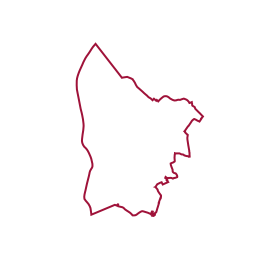 Hellevoetsluis, Zuid-Holland, Netherlands, rotated 63°
{"feature_id": "6326949B52767007773218", "entity_name": "Hellevoetsluis", "entity_type": "district", "adm_level": 2, "iso_a3": "NLD", "parent_name": "Netherlands", "parent_adm1": "Zuid-Holland", "projection": "albers", "projection_center": [4.166, 51.836], "detail": "fine", "context": "isolated", "style": "outline", "palette": "rose", "viewbox_px": 256, "rotation_deg": 63, "n_neighbors": 0, "source": "geoboundaries", "source_scale": "gbopen_adm2", "svg_char_len": 5370}
<svg xmlns="http://www.w3.org/2000/svg" viewBox="0 0 256 256"><g transform="rotate(63 128 128)"><path d="M151.8,56.0L151.4,56.1L150.8,56.3L148.2,57.1L146.8,57.5L146.5,57.7L145.2,58.1L141.5,59.3L141.3,59.3L141.2,59.3L139.9,59.1L139.6,59.1L137.8,60.2L137.3,60.5L137.2,60.5L136.7,60.4L135.3,59.8L135.0,59.7L134.8,59.7L134.7,59.7L134.4,59.7L134.1,59.6L133.9,59.5L133.8,60.4L133.8,60.9L133.7,61.5L133.6,61.9L133.0,61.9L132.7,61.9L132.0,62.0L131.3,62.2L130.8,62.3L130.4,62.5L129.5,62.9L129.0,63.3L128.5,63.7L127.4,64.7L127.2,64.9L127.1,65.1L127.1,65.3L126.9,66.3L126.7,67.6L126.7,67.9L126.6,68.7L126.6,68.8L125.8,70.1L125.7,70.2L125.5,70.9L125.4,71.2L125.3,71.7L125.3,72.1L125.2,72.6L124.9,73.3L124.7,73.9L124.4,74.2L124.3,74.4L123.8,74.9L123.3,75.4L122.9,75.7L121.7,76.5L121.0,77.0L120.5,77.2L120.2,77.4L119.8,77.5L119.1,77.8L118.6,78.1L118.3,78.3L117.5,78.9L117.3,79.1L117.1,79.4L116.8,79.9L116.6,80.2L116.5,80.5L116.4,80.7L116.3,81.0L116.2,81.3L116.2,81.8L116.1,82.1L116.2,82.4L116.3,83.1L116.6,84.5L116.7,84.8L116.7,85.0L117.3,87.1L118.0,89.0L117.3,89.2L116.1,89.6L116.4,90.3L116.5,90.5L113.7,91.6L114.4,93.5L111.9,94.4L109.9,95.7L108.3,96.2L107.8,96.3L107.7,96.4L104.3,97.8L102.3,98.5L98.0,100.2L95.6,101.2L93.1,101.4L90.9,101.3L88.6,101.5L87.0,101.8L86.8,101.7L86.3,102.0L85.3,102.7L82.1,105.5L80.8,109.4L80.6,109.9L80.6,110.1L80.5,110.6L38.3,118.7L39.8,122.3L40.8,124.2L43.1,128.1L44.5,130.7L45.2,132.1L46.5,134.3L47.8,136.1L49.2,138.0L50.9,140.0L52.0,141.4L54.8,144.9L56.1,146.4L57.6,148.0L59.0,149.4L60.7,150.9L62.6,152.2L66.6,154.3L68.4,155.1L70.4,156.0L74.5,157.2L78.4,158.3L89.5,161.5L93.5,162.4L95.8,163.0L99.9,164.2L104.0,165.7L106.0,166.6L107.8,167.7L109.7,168.9L113.3,171.5L116.9,173.9L118.6,174.9L120.5,175.5L122.6,175.7L124.8,175.5L126.4,174.9L128.4,174.4L130.4,174.2L132.7,174.2L136.3,174.4L138.7,174.7L141.5,175.4L143.8,176.0L145.9,177.0L146.9,177.9L147.8,179.4L149.0,181.2L150.1,182.3L151.4,183.3L153.1,184.7L154.7,186.1L156.3,187.5L157.9,188.9L159.4,190.2L162.7,192.9L164.4,194.3L165.9,195.6L167.6,197.0L169.4,198.2L171.4,199.0L173.6,198.7L175.6,198.2L177.8,197.7L180.1,197.6L182.3,197.8L186.2,199.1L188.1,199.8L188.6,200.0L190.5,174.6L192.5,172.8L192.5,172.5L192.4,172.3L192.1,172.2L191.8,172.1L191.5,172.1L191.4,171.7L191.5,171.6L191.9,171.9L192.0,171.7L192.3,171.9L193.2,172.2L193.3,172.2L195.7,169.4L196.1,168.9L196.9,168.4L197.4,168.2L197.7,168.0L198.6,167.8L199.4,167.5L202.1,166.0L202.5,165.7L203.5,165.2L203.9,164.9L205.3,164.3L205.7,164.2L206.5,163.9L207.9,163.6L208.0,163.5L208.8,161.8L209.0,161.3L209.0,161.0L209.1,160.7L209.1,160.0L209.1,159.7L208.8,158.3L208.6,157.0L208.5,156.4L208.4,155.0L208.4,154.4L208.4,153.8L208.5,153.4L208.6,153.1L208.7,152.9L208.9,152.6L209.6,151.8L210.0,151.4L210.2,151.2L212.4,148.9L214.2,147.4L214.9,146.9L215.2,146.8L213.6,145.0L213.9,144.8L213.6,144.5L213.4,144.4L213.6,144.0L213.7,143.9L214.6,144.9L215.6,144.2L217.3,146.1L217.5,145.8L217.4,145.8L217.7,144.2L217.7,143.9L217.7,143.6L217.5,143.4L216.1,142.6L216.0,142.4L215.9,142.2L216.0,142.1L215.9,141.7L216.0,141.6L216.0,141.4L215.9,141.2L215.7,140.9L213.0,138.4L212.2,137.6L211.6,137.0L209.4,134.9L209.2,134.7L209.1,134.9L208.8,134.8L207.0,132.9L206.7,132.6L204.9,130.7L205.0,130.7L204.8,130.5L205.0,130.4L204.5,130.0L203.9,129.6L203.0,129.2L202.9,129.2L202.8,129.3L199.4,129.8L197.8,129.9L197.5,129.9L197.3,129.9L196.4,129.6L196.2,129.6L193.2,130.3L193.1,130.2L193.0,130.3L193.0,130.2L191.8,128.2L191.4,127.5L191.4,127.4L191.4,125.1L191.4,124.1L191.5,123.5L191.6,122.7L194.1,122.7L194.4,116.8L193.8,116.9L192.4,117.2L192.4,116.9L192.3,116.6L190.7,116.9L190.1,117.2L189.4,117.5L188.7,116.7L189.7,116.2L190.3,115.8L190.6,115.5L190.8,115.1L191.0,114.3L191.6,113.1L191.8,112.6L192.1,112.2L192.3,111.9L192.4,111.7L193.0,111.4L193.3,111.2L193.5,110.8L193.5,110.6L193.5,110.2L193.4,109.9L193.4,109.7L193.6,109.3L193.7,109.2L193.8,108.8L194.0,107.5L194.1,106.5L193.9,106.3L193.5,106.1L192.8,105.9L192.5,105.8L192.3,105.8L191.8,105.9L191.0,105.9L190.7,106.0L190.2,106.1L190.0,106.3L189.8,106.4L189.3,107.1L188.9,107.4L187.9,107.9L187.6,107.9L187.2,108.0L187.0,107.9L186.0,107.5L185.4,107.2L184.4,107.1L182.4,106.9L180.3,106.6L179.0,106.1L179.0,105.0L179.2,103.5L179.2,103.2L179.1,102.9L179.1,102.6L179.1,102.2L179.1,101.9L178.8,101.4L178.1,101.1L176.7,100.5L176.2,100.3L175.5,100.0L175.2,99.8L173.7,98.9L173.3,98.7L173.1,98.5L172.9,98.4L172.5,98.0L171.8,97.6L172.4,97.0L172.5,96.8L172.6,96.6L172.6,96.4L172.8,96.0L173.5,94.6L173.9,93.8L174.2,93.5L175.2,92.8L175.8,92.3L176.2,91.6L176.6,91.1L176.8,90.8L177.1,90.6L177.7,90.4L177.8,90.3L178.1,90.2L178.3,89.9L179.3,88.9L179.5,88.7L180.0,87.9L180.2,87.6L180.6,87.2L180.8,87.1L181.9,86.4L182.1,86.4L182.3,86.5L181.6,86.1L180.9,85.8L179.5,85.2L177.9,84.4L177.4,84.3L177.1,84.2L176.5,84.0L175.9,83.7L175.2,83.5L172.0,82.5L171.0,82.2L165.3,80.3L164.6,80.0L163.7,79.6L162.7,78.9L162.5,78.7L162.3,78.6L162.0,78.5L161.8,78.4L161.4,77.9L160.5,78.2L159.2,78.7L157.8,79.1L157.6,79.1L157.4,78.9L157.1,79.0L156.6,79.2L156.5,78.8L156.2,78.3L155.2,76.5L153.7,73.7L153.7,73.3L153.4,72.7L152.2,70.5L151.4,69.1L151.3,68.9L151.2,68.8L150.8,68.1L150.6,67.7L150.5,67.4L150.4,67.0L150.3,66.7L150.0,65.2L150.1,64.9L150.2,64.7L150.4,64.6L150.9,64.2L151.1,64.1L151.5,63.7L152.5,63.1L153.6,62.3L153.8,62.1L154.4,61.6L154.7,61.4L154.4,60.8L154.3,60.6L152.9,58.2L152.7,58.3L151.8,56.0Z" fill="none" stroke="#9f1239" stroke-width="2"/></g></svg>